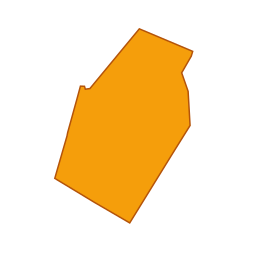 Gonzales, Texas, United States of America (orthographic projection), rotated 342°
{"feature_id": "52423323B16861027908547", "entity_name": "Gonzales", "entity_type": "district", "adm_level": 2, "iso_a3": "USA", "parent_name": "United States of America", "parent_adm1": "Texas", "projection": "orthographic", "projection_center": [-97.525, 29.447], "detail": "fine", "context": "isolated", "style": "filled", "palette": "amber", "viewbox_px": 256, "rotation_deg": 342, "n_neighbors": 0, "source": "geoboundaries", "source_scale": "gbopen_adm2", "svg_char_len": 380}
<svg xmlns="http://www.w3.org/2000/svg" viewBox="0 0 256 256"><g transform="rotate(342 128 128)"><path d="M73.3,188.6L100.3,218.8L165.5,163.5L187.8,144.8L196.5,111.7L196.1,92.1L210.4,79.2L213.2,75.1L169.4,37.2L104.0,78.7L99.4,77.9L99.5,74.9L95.7,73.5L88.3,84.8L69.2,113.7L67.5,116.8L47.1,146.9L42.8,153.3L73.3,188.6Z" fill="#f59e0b" stroke="#b45309" stroke-width="1.5"/></g></svg>